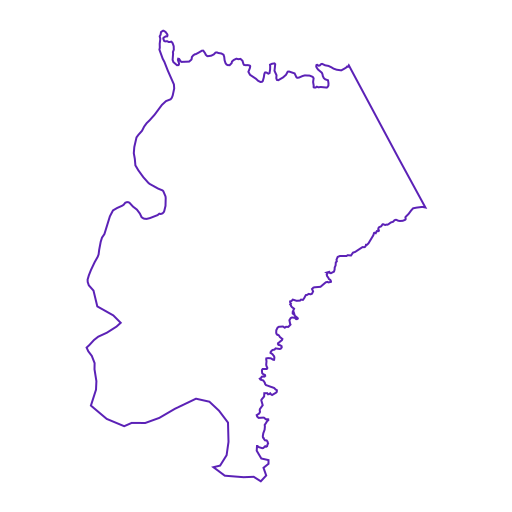 the district of Nkwanta North, Volta, Ghana
{"feature_id": "2480657B6503151283934", "entity_name": "Nkwanta North", "entity_type": "district", "adm_level": 2, "iso_a3": "GHA", "parent_name": "Ghana", "parent_adm1": "Volta", "projection": "natural_earth1", "projection_center": [0.278, 8.552], "detail": "fine", "context": "isolated", "style": "outline", "palette": "violet", "viewbox_px": 512, "rotation_deg": 0, "n_neighbors": 0, "source": "geoboundaries", "source_scale": "gbopen_adm2", "svg_char_len": 5935}
<svg xmlns="http://www.w3.org/2000/svg" viewBox="0 0 512 512"><path d="M87.7,282.0L88.8,285.3L93.5,290.6L97.3,306.4L113.3,315.4L120.7,322.8L116.5,326.6L106.9,332.7L98.2,336.7L94.0,340.0L89.4,345.0L86.6,347.6L88.3,351.3L91.8,355.9L94.6,363.1L94.5,369.3L96.4,381.2L96.0,389.7L90.9,405.6L106.7,418.9L124.2,426.2L131.7,422.9L145.2,423.0L159.3,417.9L174.9,408.8L196.0,398.7L209.4,401.7L219.0,410.7L228.0,422.6L228.5,441.9L226.6,455.2L220.1,465.6L213.4,467.2L224.8,475.7L243.6,477.2L253.7,476.8L260.8,481.3L266.2,475.5L263.5,467.8L268.5,463.8L268.5,460.1L261.3,458.5L256.7,450.7L257.0,446.0L257.5,446.0L258.7,447.1L262.3,448.2L263.3,448.0L265.2,446.2L266.0,446.8L267.1,446.2L267.5,444.4L268.1,443.6L267.5,441.6L266.6,440.4L265.1,440.4L264.7,440.0L263.9,438.9L263.8,438.2L263.0,437.7L262.8,436.2L263.3,433.2L264.6,429.7L264.9,426.6L264.7,424.9L266.6,422.1L266.8,421.4L268.3,420.2L268.2,419.3L265.7,419.2L264.2,417.8L263.4,417.6L258.6,417.9L257.2,416.6L256.7,415.1L259.1,413.6L260.0,411.9L259.7,410.1L259.9,409.1L262.7,405.2L261.3,400.3L261.5,399.6L264.1,396.5L264.3,393.2L267.3,393.2L268.0,394.3L269.2,394.1L270.2,393.3L271.2,394.5L272.1,395.0L276.0,392.7L276.7,392.0L276.9,390.8L276.8,390.1L275.6,389.5L274.2,388.0L266.0,385.1L265.0,383.8L264.8,382.7L263.3,380.5L260.5,379.6L259.8,378.7L261.2,377.8L261.6,376.9L262.0,376.6L264.5,376.6L265.2,375.9L264.9,374.9L263.2,374.2L262.2,373.2L261.9,370.8L262.1,369.7L262.7,369.0L266.7,369.0L267.2,368.5L267.3,367.8L266.5,366.1L266.2,364.8L266.5,361.1L266.2,359.7L266.3,358.4L268.1,358.1L270.8,358.3L273.3,359.8L274.1,359.8L274.4,357.6L274.1,356.3L272.4,354.1L270.5,352.9L270.7,351.9L271.5,350.9L272.5,350.0L274.5,349.6L275.6,348.4L279.7,349.0L280.7,348.7L281.7,347.5L281.6,346.2L280.3,345.3L278.5,344.9L277.9,343.9L278.2,343.0L279.3,342.5L279.5,342.0L281.9,340.2L282.4,339.0L279.9,337.0L278.9,335.4L277.9,334.8L277.4,334.9L276.4,333.7L276.2,332.6L276.3,330.2L277.6,327.6L278.8,326.8L282.9,326.5L284.8,327.7L286.0,326.8L288.3,326.9L290.5,324.6L290.1,323.7L289.4,320.2L290.7,318.1L291.8,317.5L292.6,317.5L294.9,317.9L296.1,319.1L297.0,319.1L297.8,318.6L297.6,318.0L294.8,315.7L294.0,313.1L293.3,314.0L292.7,313.5L292.7,311.9L294.1,308.7L291.9,307.1L291.0,305.9L291.0,305.3L290.2,304.5L290.9,303.6L290.2,302.6L290.1,301.4L291.5,301.0L292.8,299.6L296.6,300.8L300.0,300.6L301.0,299.6L302.9,299.9L304.1,298.3L305.8,295.1L307.1,294.9L308.7,293.9L310.6,294.3L312.0,293.7L313.1,291.4L312.0,289.0L313.4,287.6L314.5,287.3L320.5,286.8L325.8,282.3L327.4,281.9L328.4,282.4L330.9,281.9L331.0,281.3L330.3,279.9L328.9,279.0L328.2,277.5L327.2,276.3L326.7,274.6L327.6,273.2L326.6,272.6L329.3,271.8L330.0,273.0L330.9,273.2L334.0,271.6L334.6,269.5L334.7,267.5L335.6,265.4L335.8,262.4L336.8,261.4L336.5,259.7L337.7,256.9L339.9,256.0L346.5,256.0L347.7,255.2L351.0,255.5L353.0,252.6L355.0,252.0L362.5,247.1L364.2,247.2L365.0,246.9L365.9,245.6L366.0,244.8L367.0,244.8L368.5,243.3L373.3,235.3L374.1,232.9L374.8,232.7L375.7,233.2L376.8,231.1L378.2,231.2L378.8,230.9L378.9,230.3L378.2,229.2L378.6,227.8L379.1,227.2L381.2,226.3L382.5,224.4L383.0,224.2L385.2,225.0L386.4,224.6L387.4,224.7L388.5,224.2L390.8,222.5L393.2,221.7L394.3,220.4L395.3,219.9L396.5,219.9L398.1,220.7L399.9,221.0L402.7,220.8L404.5,220.1L405.3,219.7L405.7,219.0L405.4,217.4L405.6,216.9L408.6,213.9L411.2,210.4L413.1,208.3L416.7,207.6L422.4,206.9L425.4,207.5L398.7,158.5L348.8,65.3L347.9,66.8L347.0,66.6L346.4,67.4L344.5,68.6L341.4,70.3L340.8,70.3L336.6,69.7L333.5,68.6L331.4,67.3L328.4,65.9L325.1,65.3L322.2,63.9L321.3,64.0L319.7,65.5L318.5,65.7L317.2,64.8L316.5,65.0L316.2,66.2L316.5,67.3L317.9,69.4L321.8,72.7L322.5,74.3L322.8,76.0L323.8,78.1L325.2,79.3L328.0,80.3L328.5,83.2L328.4,85.6L327.7,86.8L326.8,87.6L320.8,87.0L318.4,87.3L316.8,86.7L315.7,87.5L314.1,87.5L313.7,87.3L313.6,86.9L313.7,85.7L313.1,82.0L313.6,78.3L313.0,77.2L312.3,76.7L309.6,75.6L304.8,75.4L302.6,76.0L298.9,77.6L297.2,77.8L296.4,77.2L294.6,73.4L289.0,71.5L287.7,71.7L286.0,74.8L283.1,77.4L278.3,80.2L276.9,79.9L276.3,78.2L276.5,75.2L274.5,70.8L275.2,64.2L274.5,63.4L271.9,63.8L270.0,64.7L270.2,66.6L270.1,69.4L269.5,73.1L268.3,73.7L266.6,72.6L265.2,72.4L264.9,72.6L264.3,74.1L263.8,77.4L262.8,81.0L262.0,81.8L260.5,82.0L258.1,80.8L256.0,78.8L250.0,74.8L248.4,71.8L249.9,68.0L250.2,66.4L250.1,65.9L249.6,65.5L247.7,65.1L245.7,65.2L244.0,64.9L243.4,63.9L242.5,60.8L240.5,58.9L238.4,59.2L236.4,58.7L233.7,60.0L232.0,61.5L231.6,63.2L229.6,65.2L227.7,65.1L226.5,64.5L225.5,63.1L224.6,60.3L224.2,56.8L223.5,54.7L221.4,53.5L218.3,53.0L216.9,52.4L215.5,52.6L213.8,54.4L211.2,55.7L207.7,56.2L207.1,56.0L205.7,54.7L205.2,53.4L203.3,50.7L201.9,50.7L198.7,52.6L195.7,54.2L194.8,54.3L193.2,55.4L191.9,57.0L191.6,59.2L191.2,59.8L189.1,61.6L181.4,61.9L180.6,61.2L179.1,58.9L178.2,58.7L177.9,59.9L179.0,63.2L179.0,64.1L178.5,65.1L177.0,65.2L173.4,62.1L172.6,59.9L173.1,53.7L172.9,52.1L173.8,49.7L173.7,46.2L172.9,43.9L172.3,42.6L171.2,41.6L170.0,42.0L168.7,42.0L167.1,41.2L165.2,41.4L164.2,41.0L163.3,38.8L163.5,37.8L165.6,36.4L167.1,36.4L167.4,35.9L167.5,35.0L167.2,34.2L165.5,31.9L163.5,30.7L162.8,30.8L161.0,32.1L160.6,34.7L159.7,36.3L160.3,38.8L159.7,43.8L159.8,47.8L159.4,49.6L162.7,58.7L164.4,61.9L167.8,70.6L173.9,84.4L174.2,88.5L172.7,95.5L171.8,97.8L170.6,99.3L166.0,101.1L161.9,104.9L154.6,114.7L149.6,120.3L146.7,123.1L144.2,126.5L142.0,130.8L138.5,134.7L136.5,137.4L134.3,147.0L133.8,153.2L134.8,158.8L135.4,165.4L138.4,170.4L143.4,177.3L148.3,182.8L149.6,183.9L158.1,188.6L162.5,190.4L163.3,191.2L165.5,196.4L165.7,198.1L165.5,205.9L164.2,211.2L163.7,212.2L162.5,213.4L160.7,214.0L159.3,213.7L157.6,215.1L149.9,218.1L146.6,218.9L144.3,218.7L143.4,218.4L141.6,217.2L139.9,213.6L136.9,209.6L133.0,206.6L129.5,202.8L128.6,202.3L127.1,202.1L125.3,202.7L123.6,204.8L122.0,205.8L117.1,208.0L113.0,210.4L109.9,216.3L104.4,234.1L102.0,237.6L100.7,241.8L99.2,249.7L98.6,254.4L97.7,256.8L94.7,262.1L91.0,269.9L88.9,275.2L87.6,279.6L87.7,282.0Z" fill="none" stroke="#5b21b6" stroke-width="2"/></svg>